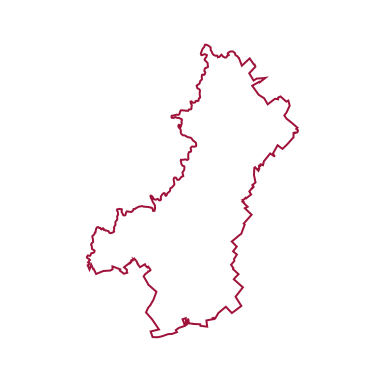 Dr Kenneth Kaunda, North West, South Africa (Natural Earth projection), rotated 156°
{"feature_id": "47623444B93741575558004", "entity_name": "Dr Kenneth Kaunda", "entity_type": "district", "adm_level": 2, "iso_a3": "ZAF", "parent_name": "South Africa", "parent_adm1": "North West", "projection": "natural_earth1", "projection_center": [26.683, -26.884], "detail": "fine", "context": "isolated", "style": "outline", "palette": "rose", "viewbox_px": 384, "rotation_deg": 156, "n_neighbors": 0, "source": "geoboundaries", "source_scale": "gbopen_adm2", "svg_char_len": 6079}
<svg xmlns="http://www.w3.org/2000/svg" viewBox="0 0 384 384"><g transform="rotate(156 192 192)"><path d="M217.2,70.7L207.8,73.4L204.8,65.2L193.3,67.8L194.8,78.6L184.3,84.2L189.3,95.2L187.5,96.2L182.9,98.0L185.9,104.9L185.2,105.6L185.9,109.6L181.4,111.8L180.8,113.7L176.4,116.6L178.6,121.1L173.3,123.9L175.8,130.6L166.6,133.2L164.0,133.8L157.1,140.8L157.6,142.1L146.8,147.0L150.3,155.7L147.2,155.9L149.3,161.2L148.8,161.6L149.9,162.8L148.4,164.0L148.5,164.1L147.1,164.1L145.4,165.0L145.0,164.2L139.0,165.7L139.4,169.2L135.7,171.1L136.1,172.0L135.3,170.8L134.0,171.4L134.2,171.9L133.6,172.2L134.0,173.8L130.1,174.9L128.5,182.2L125.3,188.7L124.3,189.0L122.7,184.4L121.8,185.2L121.8,186.2L121.0,186.1L120.2,188.6L119.4,188.2L119.3,188.6L118.7,188.3L118.1,189.4L117.1,188.7L117.3,188.4L116.2,187.6L114.0,190.7L104.9,195.4L102.0,190.6L102.4,194.2L94.8,199.9L91.8,194.6L85.9,196.7L77.0,200.7L75.2,204.7L73.7,204.5L73.7,203.9L71.3,203.7L70.1,205.2L71.1,207.2L69.5,207.8L72.7,214.6L75.9,220.7L76.5,224.4L73.3,226.2L67.6,231.2L66.8,236.3L69.1,236.2L72.3,243.3L74.9,243.2L75.6,241.7L78.3,243.4L87.2,241.3L87.9,248.2L91.5,253.6L93.8,264.6L85.8,265.3L85.7,264.6L78.5,266.4L80.9,267.1L86.7,269.3L90.4,268.8L91.4,277.2L83.1,280.7L83.0,283.0L83.6,283.2L85.0,290.6L95.1,287.1L94.6,295.4L94.9,295.6L95.2,297.3L96.6,299.3L96.6,299.8L96.2,301.2L97.4,303.7L99.9,304.8L102.2,304.5L103.1,303.9L102.7,302.7L102.8,302.0L104.5,302.1L105.3,301.4L106.4,301.0L107.3,301.5L108.4,302.8L109.3,305.5L111.9,304.3L113.6,304.6L113.4,305.9L113.6,306.4L115.0,306.8L116.5,308.5L117.0,310.1L116.9,312.2L117.2,314.1L116.3,316.0L116.2,316.7L117.5,319.0L119.2,320.9L120.3,321.2L121.9,319.5L124.0,318.6L127.4,315.2L127.7,314.7L127.8,313.3L127.5,313.0L124.4,312.8L122.7,311.0L123.9,309.6L125.9,308.6L126.7,307.8L126.6,307.0L125.3,303.6L126.5,299.8L126.9,299.6L129.2,299.8L130.1,299.5L131.5,297.6L131.2,296.3L131.4,295.5L132.7,294.2L133.5,294.1L134.1,294.8L135.1,295.0L136.3,293.2L136.9,291.1L137.2,290.8L139.2,290.1L141.2,287.9L144.2,287.4L144.6,287.2L144.9,284.7L143.5,282.8L143.4,281.5L145.2,278.4L145.9,275.6L146.3,274.9L147.6,274.7L149.0,272.7L149.6,272.7L150.5,273.4L151.7,273.6L152.3,272.7L152.9,272.6L154.7,273.0L155.2,273.6L155.6,275.0L156.5,275.2L156.8,274.6L157.0,273.2L156.9,271.1L157.9,270.0L158.4,268.6L159.2,268.0L161.2,268.6L162.6,267.7L163.5,268.4L164.5,268.6L165.3,269.3L168.9,271.2L170.4,270.0L171.7,268.4L172.5,268.0L173.4,268.2L174.6,268.9L178.3,269.5L179.2,269.9L179.9,269.6L180.3,268.7L180.2,267.9L178.5,267.1L176.6,267.1L175.6,265.9L173.8,265.0L171.8,262.6L171.9,261.7L173.0,260.7L173.3,259.0L175.3,256.9L175.5,256.3L176.2,256.0L176.7,256.4L176.7,257.1L175.9,257.9L176.2,258.5L176.7,258.7L177.7,257.9L177.8,256.3L177.1,254.5L177.1,252.9L177.2,252.5L178.1,251.1L178.2,250.2L177.9,248.8L177.2,247.5L175.6,246.6L174.0,244.4L172.9,243.3L171.5,242.5L170.7,241.4L170.1,238.4L169.4,237.6L169.0,236.5L168.5,235.7L168.5,235.1L169.2,232.8L169.6,232.3L171.1,232.3L173.4,233.5L175.2,232.9L175.6,232.1L175.8,230.4L176.5,229.4L177.0,229.3L178.4,229.7L179.4,228.8L180.3,227.6L181.3,225.3L181.6,224.1L182.1,223.4L183.4,223.2L184.7,224.5L187.1,225.1L189.0,225.9L189.5,225.2L190.3,221.6L190.1,220.3L189.8,219.7L189.0,219.1L188.7,218.4L188.8,217.8L190.2,215.3L192.8,213.7L193.5,210.1L195.6,210.1L198.5,208.6L199.7,208.7L200.3,209.0L200.7,209.7L200.7,211.1L201.0,211.8L202.2,212.3L203.2,211.7L203.7,210.9L204.5,207.7L205.0,206.2L205.6,205.6L208.8,204.2L209.9,204.3L210.6,203.8L211.4,202.4L212.0,201.7L214.9,200.9L216.9,199.2L217.5,199.2L217.7,199.6L217.4,201.6L217.7,202.2L218.5,202.5L220.1,201.9L222.3,200.5L223.5,197.7L224.2,197.3L224.8,197.4L225.6,198.0L225.6,199.0L226.3,199.7L228.3,199.7L229.8,201.1L230.0,202.4L229.9,203.7L230.9,205.4L231.3,205.5L231.7,204.9L231.9,203.1L231.7,201.0L231.9,199.0L231.3,195.3L232.2,192.4L233.9,190.1L235.2,190.5L235.2,191.1L234.7,193.2L235.8,194.4L238.2,196.2L242.0,198.2L243.1,199.3L244.9,199.8L246.4,200.2L249.5,200.1L250.6,199.7L252.3,200.2L253.3,199.1L255.6,198.4L259.4,200.8L260.7,200.0L262.1,198.1L262.7,197.9L263.5,198.2L264.1,198.6L264.3,199.0L264.2,200.6L264.4,202.0L264.2,203.1L263.4,204.0L263.2,204.8L265.2,206.1L267.4,206.6L268.0,206.0L267.9,203.9L268.7,201.4L270.2,200.3L270.8,198.6L271.7,197.2L272.4,196.6L273.4,196.3L274.3,195.6L275.3,193.1L276.3,192.6L276.8,191.9L277.8,191.3L278.1,189.8L279.0,188.8L279.2,188.4L279.1,187.8L279.3,187.5L280.8,187.2L283.2,187.5L284.1,188.5L284.2,190.2L286.0,191.7L286.7,192.0L287.2,193.0L287.7,193.1L287.6,193.7L288.0,195.0L288.7,195.1L289.2,194.5L289.6,194.5L290.2,195.0L290.5,196.5L291.4,196.8L291.7,197.8L292.6,198.3L293.4,198.3L294.6,197.3L296.7,194.3L297.2,194.5L298.6,193.0L300.6,192.4L301.2,191.9L301.8,188.9L302.6,186.7L303.1,186.3L304.2,186.1L305.6,185.0L305.6,183.1L306.5,180.8L306.1,179.9L305.0,178.5L304.9,178.0L305.4,177.1L306.7,176.5L309.0,177.0L310.5,175.5L311.2,175.2L313.0,176.4L314.5,175.3L314.6,174.4L313.1,172.4L313.0,171.3L314.2,170.9L315.6,169.9L314.5,168.8L315.4,167.7L317.1,167.5L317.2,162.9L313.6,166.5L313.6,161.7L313.1,161.6L312.9,156.1L305.1,155.9L298.6,153.5L296.0,153.7L294.9,156.4L289.0,150.5L289.9,149.6L287.4,145.0L284.0,144.6L284.0,145.6L283.1,147.5L284.7,150.9L279.0,152.3L278.7,152.0L278.3,152.3L277.4,152.2L277.1,152.3L277.3,152.7L276.6,152.8L276.5,152.6L276.5,152.9L276.2,152.9L276.2,153.3L275.7,153.8L275.6,153.5L275.1,153.9L275.0,153.6L274.3,154.0L273.8,153.6L273.0,154.2L272.7,154.1L272.7,154.4L272.5,154.1L271.8,154.5L270.9,151.7L270.7,148.2L270.9,148.2L270.1,144.5L264.4,145.1L264.4,143.3L263.4,141.2L262.4,141.6L261.4,137.6L261.1,137.5L263.9,137.0L265.1,137.7L264.4,136.9L268.1,136.0L270.5,134.6L269.6,126.5L269.7,125.3L265.1,115.3L271.0,109.3L276.0,105.6L279.1,104.1L283.0,100.7L280.3,92.1L278.1,79.9L286.5,81.4L287.0,75.5L282.5,73.3L278.3,72.4L271.8,71.9L268.0,70.5L262.8,70.1L263.0,72.4L261.3,72.8L259.3,73.2L253.1,72.6L252.6,75.3L252.4,79.6L249.0,79.3L251.6,72.9L250.4,73.1L247.0,77.9L248.2,73.2L244.8,71.3L244.8,71.1L238.3,67.8L238.7,66.3L232.9,62.8L231.1,68.8L224.7,67.3L224.5,68.4L223.3,68.2L223.2,66.9L222.3,67.0L217.2,70.7Z" fill="none" stroke="#9f1239" stroke-width="2"/></g></svg>